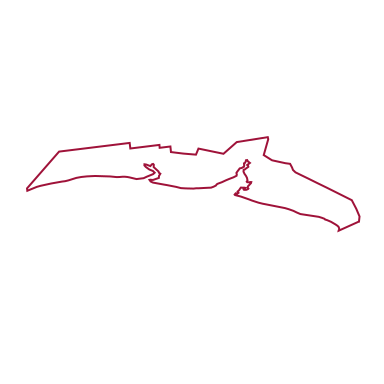 Yakutat, Alaska, United States of America, rotated 353°
{"feature_id": "52423323B59860466047217", "entity_name": "Yakutat", "entity_type": "district", "adm_level": 2, "iso_a3": "USA", "parent_name": "United States of America", "parent_adm1": "Alaska", "projection": "natural_earth1", "projection_center": [-140.149, 59.666], "detail": "fine", "context": "isolated", "style": "outline", "palette": "rose", "viewbox_px": 384, "rotation_deg": 353, "n_neighbors": 0, "source": "geoboundaries", "source_scale": "gbopen_adm2", "svg_char_len": 2490}
<svg xmlns="http://www.w3.org/2000/svg" viewBox="0 0 384 384"><g transform="rotate(353 192 192)"><path d="M354.1,241.8L355.3,236.7L353.0,228.7L349.6,219.6L336.5,210.9L326.4,204.2L317.3,198.3L309.1,192.9L300.6,187.4L297.1,185.1L294.9,182.4L294.3,179.9L292.8,176.0L288.2,174.8L281.9,172.6L276.2,170.6L275.2,170.2L271.4,167.1L267.7,164.1L274.1,148.9L273.9,146.8L242.5,147.9L237.1,151.6L227.9,157.9L203.7,149.7L200.5,155.4L188.0,152.8L176.0,149.8L176.1,144.2L165.3,144.2L165.4,141.3L136.1,141.3L136.1,135.7L127.4,135.7L108.7,135.7L65.0,135.7L52.3,147.1L28.7,168.3L28.7,170.7L38.6,168.0L42.5,167.4L53.2,166.4L64.4,165.8L67.4,165.8L70.8,165.4L78.9,163.9L80.6,163.8L84.0,163.6L89.6,163.7L95.2,164.1L97.8,164.3L112.7,166.6L118.5,167.9L120.0,168.1L122.0,168.3L125.2,168.4L126.9,168.6L129.6,169.2L131.8,169.9L138.5,172.4L145.7,172.4L149.0,171.3L155.6,169.5L157.3,168.3L155.8,166.4L152.3,164.4L149.2,161.5L148.0,159.8L148.2,158.7L150.0,159.2L153.8,161.2L155.6,159.6L156.8,159.4L157.4,160.2L157.0,162.6L161.3,167.6L161.5,168.8L162.8,170.0L161.2,172.0L160.8,174.0L154.7,175.3L152.0,174.7L151.3,174.8L152.2,176.5L154.4,177.9L165.0,181.2L168.0,182.1L176.9,185.0L181.5,186.8L186.5,187.7L193.9,188.8L196.4,188.8L199.0,189.1L207.7,189.7L211.4,190.0L214.0,189.4L216.5,188.5L217.5,187.4L218.7,186.9L222.9,185.9L227.2,184.5L230.8,183.5L234.9,182.5L238.2,181.3L238.6,180.0L238.4,178.5L239.5,177.2L241.1,175.6L242.2,174.4L244.3,174.2L245.6,173.6L246.7,173.2L247.0,171.9L247.1,169.9L248.1,169.6L249.2,168.0L249.4,167.1L250.6,167.0L251.3,168.5L253.0,170.2L252.0,170.8L250.8,171.5L250.1,171.9L250.8,172.5L251.0,173.8L250.6,174.1L248.5,175.2L247.1,176.1L246.0,176.2L245.6,178.1L246.3,180.3L247.5,182.5L248.3,184.7L248.5,187.3L248.0,187.9L247.6,188.4L248.0,189.0L250.0,189.4L250.9,189.2L252.0,189.4L251.6,190.4L248.1,193.3L247.8,194.5L248.0,194.9L248.3,195.3L248.4,195.5L248.1,195.8L246.7,196.3L246.2,196.4L244.6,196.3L243.7,196.0L243.5,195.4L243.8,195.1L244.9,194.9L245.4,194.4L244.6,194.1L241.0,193.6L238.7,196.2L237.3,197.1L237.5,197.8L238.0,198.5L236.8,199.2L235.3,198.6L234.8,199.0L234.1,199.7L234.0,199.8L234.4,200.3L240.0,202.5L247.7,206.3L250.5,207.8L256.7,210.7L260.6,212.2L264.3,213.4L275.9,217.2L282.3,219.3L286.0,220.9L290.4,223.1L293.3,225.0L296.9,227.1L314.8,232.1L318.1,233.6L320.3,234.8L320.7,235.5L322.7,236.4L326.3,238.5L330.5,241.7L332.2,243.2L333.2,244.4L333.6,246.0L333.5,247.1L333.3,247.6L332.9,248.0L332.8,248.3L353.7,241.8L354.1,241.8Z" fill="none" stroke="#9f1239" stroke-width="2"/></g></svg>